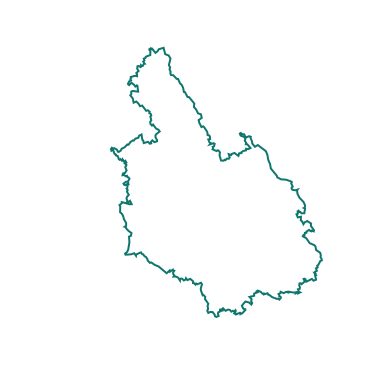 Joypurhat, Rajshahi, Bangladesh, rotated 147°
{"feature_id": "16705992B2288856744536", "entity_name": "Joypurhat", "entity_type": "district", "adm_level": 2, "iso_a3": "BGD", "parent_name": "Bangladesh", "parent_adm1": "Rajshahi", "projection": "equal_earth", "projection_center": [89.098, 25.063], "detail": "fine", "context": "isolated", "style": "outline", "palette": "teal", "viewbox_px": 384, "rotation_deg": 147, "n_neighbors": 0, "source": "geoboundaries", "source_scale": "gbopen_adm2", "svg_char_len": 6021}
<svg xmlns="http://www.w3.org/2000/svg" viewBox="0 0 384 384"><g transform="rotate(147 192 192)"><path d="M281.9,175.6L277.0,172.9L273.8,172.1L273.7,169.0L272.8,170.0L267.7,169.2L267.6,166.9L266.9,166.3L266.8,164.1L266.0,162.5L266.0,159.8L266.5,158.7L265.9,155.5L264.5,155.1L263.0,151.2L260.6,147.8L257.5,137.7L253.5,138.3L253.9,137.2L250.3,137.3L250.5,136.6L249.8,135.6L251.6,134.9L252.4,133.5L252.3,131.6L253.5,131.1L251.8,130.1L250.3,127.9L250.3,124.3L249.3,125.5L248.3,125.4L247.5,124.6L247.0,122.2L245.1,122.1L244.0,123.0L243.8,120.6L240.8,120.1L239.7,116.5L240.7,115.1L240.1,114.8L239.5,112.4L238.4,113.0L237.7,111.7L233.9,111.0L233.9,109.2L237.3,106.2L238.1,104.7L239.3,99.6L238.5,99.5L238.0,96.9L239.4,95.1L239.2,89.4L241.0,87.9L242.2,85.1L243.9,84.1L244.2,81.7L242.2,81.5L240.1,80.1L239.8,76.8L240.4,75.2L239.7,74.0L237.2,73.5L236.6,75.6L235.6,76.8L232.6,76.4L233.0,77.5L232.5,78.1L231.2,77.4L231.5,76.7L230.7,75.9L230.0,76.4L230.0,77.5L229.3,77.6L228.6,74.1L225.7,73.7L224.5,72.5L224.1,70.2L222.4,70.1L221.8,68.6L220.0,69.2L220.1,68.4L222.7,67.2L222.2,66.2L221.4,65.9L221.6,65.3L217.5,64.6L217.2,64.0L217.8,63.2L216.0,62.9L211.4,64.0L211.2,64.7L212.2,65.4L212.5,66.6L212.1,69.5L206.9,71.1L204.4,68.4L203.5,65.3L202.0,66.1L201.9,68.2L200.4,69.6L200.9,72.7L196.4,71.1L195.2,73.0L191.3,72.1L190.6,72.3L190.4,72.8L191.1,73.5L190.5,73.5L188.8,70.9L188.2,68.3L187.1,67.8L187.5,67.0L183.8,65.9L184.0,64.3L183.1,63.5L182.2,60.4L179.1,56.2L177.6,55.5L177.4,54.2L175.3,54.7L174.8,55.8L175.6,57.1L174.9,58.0L175.0,59.3L172.7,59.1L172.0,60.0L170.3,57.3L167.6,57.0L165.1,54.3L166.5,56.4L165.7,56.2L161.3,52.1L159.3,51.3L160.0,50.6L158.6,50.6L158.7,49.3L156.0,48.9L156.7,50.0L156.1,52.7L154.5,52.1L153.5,53.1L152.9,55.4L151.6,56.8L150.5,56.2L150.3,55.0L146.2,55.5L145.7,58.3L144.7,57.9L144.4,57.0L144.9,54.5L138.8,53.8L138.4,51.4L135.7,50.9L134.2,55.0L133.4,54.8L133.6,55.7L133.0,55.8L132.8,56.7L133.4,56.9L133.4,57.3L133.0,56.9L132.2,58.1L130.2,57.9L129.6,60.5L127.7,60.3L127.2,62.0L125.9,62.0L121.8,64.3L120.4,63.9L119.8,65.0L119.7,67.3L118.3,69.0L117.6,71.3L119.5,75.8L118.1,79.1L118.3,80.7L121.2,85.1L121.3,91.0L123.2,94.5L122.0,95.2L121.2,94.5L119.6,96.2L118.3,95.5L117.7,96.4L114.5,96.5L114.0,94.8L113.1,94.7L113.0,93.8L112.0,93.8L111.3,92.7L110.5,93.6L110.8,98.8L109.3,100.7L111.2,104.9L114.2,105.2L116.1,104.3L115.7,107.6L116.2,109.0L114.1,111.9L117.1,113.1L116.5,116.4L115.2,116.1L113.9,118.3L112.8,118.3L112.9,116.7L112.0,116.4L111.8,114.5L109.4,113.0L106.2,116.5L106.8,117.6L105.9,117.5L104.4,119.4L103.9,122.9L105.0,128.8L104.5,133.1L103.1,136.1L102.1,136.5L104.5,137.2L106.5,139.1L106.7,140.2L106.2,141.3L104.6,141.6L104.1,145.2L102.9,145.9L103.3,147.1L106.4,151.1L110.5,154.2L112.5,157.9L112.0,159.4L113.1,168.8L111.3,172.9L110.6,177.2L108.5,182.2L107.8,186.0L111.2,195.5L114.6,195.7L115.1,199.8L114.2,201.4L113.3,206.1L112.7,206.4L113.7,207.7L116.7,208.3L117.2,209.4L116.8,211.9L118.5,213.3L118.9,214.9L120.1,214.9L120.5,212.8L118.2,209.6L118.3,207.5L119.7,206.4L119.9,203.5L120.8,202.7L119.6,201.8L119.0,197.0L121.6,197.4L123.1,198.8L124.1,197.5L126.5,198.5L128.9,198.4L129.4,197.7L131.3,198.8L133.4,197.0L135.1,201.6L138.1,202.3L139.0,201.7L140.6,203.7L141.6,200.4L143.0,199.8L144.4,201.0L146.6,200.5L147.1,201.3L148.4,201.0L150.5,202.6L148.9,207.8L147.0,209.9L147.1,212.2L148.0,213.1L149.1,212.9L151.5,216.6L150.6,217.2L150.0,218.6L148.7,218.3L146.8,220.0L147.4,221.2L151.1,222.2L149.6,222.7L150.3,224.1L149.7,227.2L148.0,226.5L146.8,228.7L146.8,230.2L147.9,231.2L146.5,234.0L146.5,239.6L146.9,241.0L148.7,241.3L148.2,246.0L147.3,248.7L143.4,248.9L142.2,252.4L144.1,254.6L143.6,259.2L144.1,262.2L141.9,265.0L142.8,273.2L144.0,274.1L143.5,279.6L144.3,280.3L142.7,284.2L142.3,287.8L142.9,289.5L142.1,294.4L143.2,295.1L144.1,300.1L145.9,301.5L145.5,303.4L144.5,304.4L144.0,307.2L142.5,308.4L142.3,311.0L137.4,315.6L137.2,319.2L139.4,322.2L137.3,328.4L142.1,329.8L144.2,328.8L146.9,328.6L147.4,334.1L148.0,334.7L148.4,333.8L149.7,335.1L150.3,334.6L150.3,332.6L152.4,329.6L157.1,330.6L158.0,329.8L159.8,330.1L160.3,328.2L161.9,327.9L161.8,325.4L162.5,325.8L164.4,324.6L165.1,324.8L165.6,326.0L166.1,325.0L167.1,324.7L168.0,326.7L169.2,327.2L170.8,325.3L170.9,322.6L173.9,322.1L173.9,320.8L175.0,319.0L176.3,320.4L180.7,321.8L181.2,320.6L182.3,320.2L182.4,318.8L184.5,319.0L186.9,317.5L186.5,315.9L183.3,316.6L182.2,313.6L182.1,311.3L180.2,311.5L179.9,310.9L182.5,305.5L187.0,309.2L188.4,309.2L189.5,307.2L191.1,306.7L190.7,302.7L192.3,298.7L189.4,298.2L188.7,294.6L188.9,292.3L186.7,291.6L186.2,285.0L184.5,284.6L183.8,282.4L184.9,281.4L184.1,279.9L184.5,278.3L185.8,278.0L187.1,274.3L188.9,273.6L189.8,271.7L189.4,269.5L187.9,269.8L187.6,264.7L186.2,262.5L186.1,260.4L190.9,259.9L192.1,259.0L192.9,257.4L193.0,254.5L193.7,253.6L196.4,254.3L197.1,256.9L199.1,256.4L199.7,255.0L201.1,255.5L201.5,258.0L205.8,259.3L204.9,261.7L205.2,262.9L203.0,267.7L205.7,268.0L207.5,266.7L210.5,267.6L212.9,266.8L213.6,267.5L216.4,267.5L219.2,266.3L220.1,266.4L220.4,267.1L224.2,266.2L227.4,266.6L229.3,265.5L231.5,265.5L232.2,266.1L231.9,268.4L233.4,271.2L234.5,271.0L235.1,272.7L236.6,272.2L237.1,270.5L235.7,270.5L235.4,269.6L236.2,266.4L235.4,264.8L235.9,264.2L234.7,262.5L235.5,259.4L235.1,258.4L234.2,258.6L233.7,256.5L232.4,257.3L232.4,254.4L230.9,254.5L231.0,252.4L232.8,252.4L232.2,250.5L232.5,250.1L234.4,249.3L235.1,245.7L237.8,244.5L239.8,245.1L241.1,243.9L239.6,243.1L239.0,241.3L237.7,241.0L238.0,239.5L237.2,238.6L237.2,237.2L239.9,235.7L242.0,236.6L244.9,236.3L244.9,235.0L244.2,234.0L240.7,234.0L241.1,232.9L242.2,233.1L244.4,230.2L245.0,230.3L245.0,228.5L246.2,227.9L246.5,226.9L246.5,224.1L249.2,223.3L250.6,222.1L251.0,219.8L252.2,218.8L251.0,218.0L248.8,218.3L249.3,214.7L250.9,215.6L256.4,221.8L257.1,220.8L260.0,220.5L260.0,219.0L263.3,214.3L262.7,211.8L262.8,209.5L263.9,206.2L264.1,201.9L265.7,199.5L267.4,199.5L266.7,198.6L267.0,197.1L266.4,193.8L265.1,190.6L267.1,188.5L269.1,188.9L271.9,183.9L276.8,178.5L279.0,177.1L281.6,176.8L281.9,175.6Z" fill="none" stroke="#0f766e" stroke-width="2"/></g></svg>